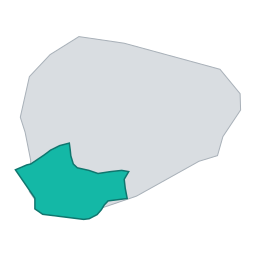 Andorra, with Sant Julià de Lòria highlighted
{"feature_id": "AND-4882", "entity_name": "Sant Julià de Lòria", "entity_type": "state/province", "adm_level": 1, "iso_a3": "AND", "parent_name": "Andorra", "parent_adm1": "", "projection": "natural_earth1", "projection_center": [1.502, 42.473], "detail": "fine", "context": "in_parent", "style": "filled", "palette": "teal", "viewbox_px": 256, "rotation_deg": 0, "n_neighbors": 0, "source": "natural_earth", "source_scale": "10m", "svg_char_len": 735}
<svg xmlns="http://www.w3.org/2000/svg" viewBox="0 0 256 256"><path d="M217.5,155.6L198.9,161.3L136.5,196.1L101.0,208.2L68.6,214.4L43.3,211.9L29.3,191.5L30.7,160.3L25.1,132.2L20.3,117.2L29.4,76.6L50.1,54.6L78.9,36.6L124.1,43.2L220.0,69.3L240.1,93.7L240.6,110.0L222.9,136.6L217.5,155.6Z" fill="#d9dde1" stroke="#a8b0b8" stroke-width="1"/><path d="M83.7,219.4L42.7,214.3L34.9,208.9L34.9,198.2L15.4,169.8L26.8,164.9L30.7,164.0L44.1,155.0L50.6,150.1L59.7,145.6L69.3,143.1L70.3,150.7L70.8,155.8L73.3,164.0L77.3,167.8L88.9,170.4L98.0,173.5L110.6,171.6L121.7,170.4L128.7,171.6L124.2,179.3L125.2,188.1L127.2,198.5L108.1,200.9L104.3,204.9L101.3,209.8L97.1,214.6L89.2,218.7L83.7,219.4Z" fill="#14b8a6" stroke="#0f766e" stroke-width="1.5"/></svg>